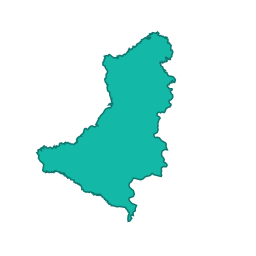 the district of Lizarda, Tocantins, Brazil, rotated 46°
{"feature_id": "56859067B27503487579570", "entity_name": "Lizarda", "entity_type": "district", "adm_level": 2, "iso_a3": "BRA", "parent_name": "Brazil", "parent_adm1": "Tocantins", "projection": "albers", "projection_center": [-46.961, -9.496], "detail": "fine", "context": "isolated", "style": "filled", "palette": "teal", "viewbox_px": 256, "rotation_deg": 46, "n_neighbors": 0, "source": "geoboundaries", "source_scale": "gbopen_adm2", "svg_char_len": 5805}
<svg xmlns="http://www.w3.org/2000/svg" viewBox="0 0 256 256"><g transform="rotate(46 128 128)"><path d="M59.9,95.2L60.5,95.5L61.6,95.4L62.2,97.8L63.3,98.7L63.1,99.7L63.4,100.4L64.9,102.0L65.6,102.3L67.3,101.5L68.9,102.4L73.1,103.2L74.1,105.1L74.2,106.5L76.7,108.8L76.4,110.2L76.7,110.7L79.0,112.3L81.3,112.4L81.9,113.0L83.1,112.6L84.1,114.7L86.5,116.4L87.9,116.8L89.5,116.4L90.4,116.8L90.8,117.6L91.9,118.3L95.2,119.8L95.6,119.3L95.9,120.5L97.3,120.9L97.5,121.5L99.1,122.1L99.6,121.8L100.0,122.4L98.0,123.8L97.7,125.0L97.9,125.7L98.1,125.2L100.7,124.1L101.1,125.2L101.3,126.7L100.1,127.3L98.8,131.1L100.1,135.8L100.1,139.4L100.8,141.0L100.5,142.1L100.6,142.7L101.3,143.1L103.1,148.5L103.8,147.9L105.4,148.1L104.4,149.2L104.1,151.4L101.6,152.2L100.9,153.5L100.7,154.9L101.2,157.8L100.9,158.4L99.3,158.4L98.5,159.4L98.6,160.3L100.6,163.6L100.5,167.0L101.4,167.2L100.9,167.6L100.2,169.4L100.5,170.3L100.0,170.7L100.5,172.8L101.2,172.7L101.4,173.6L103.0,174.5L102.2,175.2L102.7,176.0L102.1,176.4L102.4,177.9L99.5,180.5L98.7,180.4L98.0,181.2L96.7,181.3L96.7,182.0L96.1,182.7L95.0,182.7L94.7,183.6L95.6,184.7L94.9,184.8L93.9,186.2L93.5,185.9L92.4,186.4L91.7,187.8L92.0,188.7L92.8,189.0L93.0,190.3L92.1,192.0L91.3,191.7L91.1,192.2L92.3,193.3L92.2,194.0L91.3,194.1L89.7,193.5L90.3,197.0L88.2,197.0L87.6,197.6L86.9,199.9L86.3,200.2L85.1,199.9L84.7,200.6L82.7,200.7L82.5,201.9L82.8,202.5L84.0,202.9L83.4,203.4L82.5,203.4L82.0,205.0L82.6,205.0L84.0,205.9L82.3,206.2L81.4,207.6L81.4,208.2L82.3,208.3L82.8,209.1L82.4,210.7L85.2,211.2L85.7,210.9L87.4,213.3L90.9,214.1L93.7,213.7L95.9,214.1L99.3,218.8L99.8,218.5L100.5,218.9L101.6,218.5L102.4,217.7L103.0,218.0L103.5,217.0L102.6,216.5L105.3,215.7L105.2,215.1L106.6,214.1L106.3,213.6L107.0,213.6L107.3,212.9L108.0,212.7L107.5,211.8L107.8,211.1L108.6,211.3L108.2,210.1L108.9,209.6L109.2,209.9L110.1,208.9L111.2,208.6L111.6,208.0L113.9,207.3L114.1,207.8L116.8,206.2L117.1,206.6L117.9,205.8L118.8,205.9L118.8,206.4L119.8,205.6L120.7,206.1L121.3,205.6L122.0,206.1L122.3,205.3L122.8,205.3L122.9,204.6L124.0,204.5L125.5,205.0L127.9,203.1L129.7,204.5L130.1,203.9L131.7,203.8L131.8,203.2L132.7,202.7L133.9,203.0L134.0,202.2L134.6,201.9L134.7,202.4L136.2,202.2L136.4,201.7L138.9,202.7L140.2,203.9L141.1,203.0L143.0,203.6L145.2,202.6L145.7,201.6L147.6,200.5L147.6,199.6L148.0,199.2L149.7,198.9L150.6,199.1L150.5,198.0L151.1,198.0L151.4,198.5L152.3,198.3L152.5,198.7L153.4,197.0L153.9,197.4L154.6,197.2L154.7,196.0L155.3,196.6L155.8,196.2L155.7,195.4L156.4,195.3L156.2,194.6L157.2,194.5L156.9,194.0L158.9,194.0L159.4,194.4L161.8,193.8L162.9,194.4L163.4,194.0L165.1,194.3L165.3,193.6L166.8,193.4L167.1,194.5L169.3,194.3L169.8,194.6L170.3,193.7L171.3,193.6L172.2,194.0L173.0,192.9L173.7,192.8L174.0,192.3L177.0,190.7L179.1,187.9L179.6,187.9L183.2,185.0L184.8,185.5L186.9,185.4L188.3,186.1L188.8,185.8L190.4,186.4L191.2,188.7L193.2,191.1L195.3,192.7L196.1,191.5L195.6,188.0L193.9,187.7L192.9,187.0L193.0,185.7L194.6,184.9L192.1,183.0L192.6,180.3L191.0,178.7L189.6,175.6L185.0,177.6L181.9,177.6L180.5,177.2L179.6,176.7L179.2,175.4L180.7,172.4L180.8,171.2L179.8,169.3L176.7,167.6L172.4,168.1L171.1,167.9L169.2,166.5L168.7,164.9L169.0,162.8L167.8,159.1L168.1,158.6L174.1,154.8L175.0,152.6L175.1,149.2L177.4,145.4L177.6,144.0L177.3,142.3L177.7,142.0L179.3,141.9L185.5,138.1L185.9,137.6L185.4,136.6L183.4,135.7L182.5,133.9L181.0,132.9L179.9,131.4L180.1,129.6L182.4,127.5L182.2,126.1L181.7,125.6L180.3,125.2L178.6,125.4L177.4,126.0L176.9,125.9L176.1,124.0L175.4,123.7L174.0,123.2L172.0,123.3L170.1,122.1L168.7,120.3L168.4,119.3L168.9,116.5L171.0,114.9L168.1,113.8L165.9,111.6L164.5,111.4L160.3,112.7L157.0,112.3L154.7,113.6L154.2,114.8L153.6,115.1L152.4,115.1L150.4,113.9L151.5,110.0L150.0,107.4L148.2,106.4L147.6,105.2L145.2,103.2L143.5,99.9L143.4,98.3L142.3,97.7L139.6,98.4L138.5,97.8L138.0,97.1L137.8,95.7L138.3,94.5L139.8,94.0L140.1,92.2L141.5,91.8L142.1,91.0L141.6,89.2L140.6,87.7L140.9,84.9L142.0,83.0L141.5,81.2L140.7,80.5L138.8,80.9L137.1,79.9L136.9,79.2L137.6,76.9L136.9,74.2L135.1,72.9L133.9,73.0L131.2,72.3L130.8,71.8L131.2,70.1L131.1,69.5L130.3,69.1L128.4,71.1L126.9,70.7L125.6,71.0L124.6,70.0L124.7,68.8L125.4,68.5L124.8,67.1L125.0,66.4L125.8,65.1L124.7,64.9L124.9,63.0L126.6,63.6L127.5,63.0L127.4,62.2L126.2,60.4L123.0,59.9L121.1,60.8L119.2,62.3L117.7,62.7L115.6,61.7L114.1,61.9L113.9,62.7L112.0,62.3L112.3,61.1L110.5,61.8L108.1,60.7L106.5,61.1L105.4,60.8L105.1,60.3L103.3,59.9L103.0,59.5L103.4,58.7L104.0,58.8L104.9,58.1L104.4,57.5L105.4,57.6L105.9,55.8L105.5,55.3L107.1,54.1L107.1,53.7L106.4,53.3L106.5,52.4L104.2,52.5L103.6,52.2L103.4,51.6L106.3,50.7L107.0,50.9L108.1,49.9L107.0,49.0L107.0,46.9L106.3,46.3L104.5,42.9L102.9,42.3L102.1,42.4L101.7,43.1L99.3,40.7L98.8,39.7L95.2,39.3L95.1,40.0L94.1,40.3L93.7,40.0L93.5,39.1L92.0,37.7L90.4,38.1L89.9,37.9L90.0,37.1L89.4,37.2L89.2,37.9L88.6,38.0L89.0,38.9L86.3,39.1L85.9,39.8L84.3,40.2L83.8,41.3L83.0,41.2L81.8,41.9L81.3,40.0L79.4,40.2L79.7,41.6L79.2,41.6L79.1,42.2L76.4,44.2L76.8,44.7L76.5,45.2L77.3,45.8L76.6,46.7L76.1,46.3L75.7,46.5L75.3,47.2L76.4,47.9L76.5,48.4L75.7,49.3L75.7,50.9L76.7,51.6L78.3,49.0L78.8,49.2L78.8,50.6L77.5,51.3L77.9,51.9L76.4,52.3L76.1,52.6L75.3,52.4L75.0,52.8L74.7,55.3L73.9,56.9L74.9,58.0L74.5,58.7L74.6,59.7L75.4,60.1L74.7,60.8L73.9,63.1L74.1,64.0L74.7,63.9L74.5,67.1L73.5,67.0L72.8,67.7L73.9,68.0L73.6,69.6L74.1,70.4L73.2,71.2L73.5,71.9L72.7,72.2L71.7,72.0L72.4,73.7L73.4,74.5L72.7,75.2L73.1,76.1L73.3,78.7L72.5,79.2L72.1,81.2L72.7,82.0L70.2,83.4L69.7,84.0L69.9,84.5L68.8,85.8L69.2,86.2L70.5,86.3L70.9,86.9L69.4,87.5L67.5,89.6L62.2,90.3L61.9,91.2L62.5,92.0L61.1,93.1L59.9,95.2ZM116.8,206.2L116.6,205.8L116.8,205.3L117.4,205.8L116.8,206.2ZM116.6,205.8L115.8,205.7L116.3,205.4L116.6,205.8ZM112.6,207.7L112.7,208.2L113.4,207.9L112.6,207.7Z" fill="#14b8a6" stroke="#0f766e" stroke-width="1.5"/></g></svg>